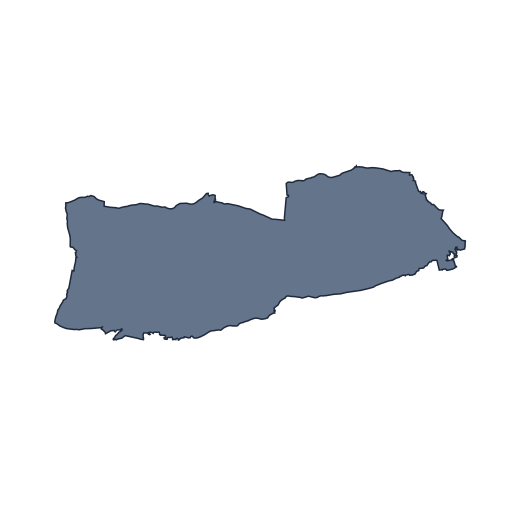 Izvoru Berheciului, Bacau, Romania (Albers equal-area conic projection), rotated 107°
{"feature_id": "2599482B69933223612688", "entity_name": "Izvoru Berheciului", "entity_type": "district", "adm_level": 2, "iso_a3": "ROU", "parent_name": "Romania", "parent_adm1": "Bacau", "projection": "albers", "projection_center": [27.223, 46.591], "detail": "fine", "context": "isolated", "style": "filled", "palette": "slate", "viewbox_px": 512, "rotation_deg": 107, "n_neighbors": 0, "source": "geoboundaries", "source_scale": "gbopen_adm2", "svg_char_len": 6071}
<svg xmlns="http://www.w3.org/2000/svg" viewBox="0 0 512 512"><g transform="rotate(107 256 256)"><path d="M368.9,339.2L367.7,339.4L366.5,340.2L364.2,341.0L362.5,340.9L361.4,337.4L361.8,335.9L362.3,335.9L362.3,334.8L362.0,334.3L361.1,335.2L361.1,336.6L360.2,336.0L359.7,334.8L359.6,333.0L360.1,331.7L358.8,331.4L357.9,329.0L358.0,328.4L357.5,327.5L357.2,326.4L358.1,325.6L359.3,325.2L359.3,324.2L359.6,324.1L358.6,320.5L358.7,319.3L360.4,318.7L360.9,320.0L362.1,319.4L361.9,317.2L361.5,316.6L359.9,316.8L359.3,315.5L359.2,314.6L358.2,312.7L359.4,311.6L360.3,311.3L360.4,311.0L359.5,309.7L359.4,308.2L358.6,308.2L357.9,307.6L357.9,306.7L358.3,306.4L358.3,305.8L359.0,305.6L358.3,304.7L356.8,304.2L355.2,300.9L354.2,301.0L354.0,296.6L353.4,295.1L352.2,294.9L351.3,293.8L352.5,291.4L352.4,290.5L351.8,288.8L351.0,287.5L349.6,285.6L346.7,282.5L342.0,278.5L341.7,277.9L341.0,277.6L339.7,274.4L338.5,272.1L337.6,269.9L337.2,267.9L334.1,265.8L332.0,263.6L331.2,262.4L330.9,262.3L330.1,260.4L329.6,257.4L328.5,253.9L328.0,253.2L325.7,252.2L324.1,250.5L323.6,249.1L322.4,247.9L320.0,244.2L319.2,243.6L316.6,240.1L315.8,238.9L315.2,236.9L314.9,234.8L315.0,233.1L314.5,231.3L313.4,229.1L311.9,226.8L309.0,226.0L305.9,223.1L305.0,221.4L303.3,222.6L303.2,221.7L302.7,221.7L300.8,223.5L300.2,223.4L296.4,220.6L292.9,219.9L291.4,219.2L288.7,217.0L287.8,215.9L286.0,215.4L285.4,214.7L284.8,213.6L284.5,211.1L283.5,206.9L282.7,201.8L282.7,199.5L279.1,194.1L278.7,187.4L277.7,185.2L276.4,184.2L275.0,182.1L274.6,180.3L273.2,177.0L269.7,170.0L267.5,164.1L264.4,158.9L258.2,145.7L254.1,138.7L251.3,134.4L249.5,133.0L245.4,127.8L241.0,121.7L239.1,118.3L236.0,115.2L234.6,112.9L233.4,112.4L233.3,111.7L231.8,110.5L230.9,108.6L231.3,107.5L230.5,107.2L229.0,104.6L229.2,103.8L229.5,103.5L228.5,100.8L227.9,100.3L227.3,99.1L226.7,99.0L226.6,98.6L223.7,97.9L222.4,96.1L220.3,96.4L218.5,92.2L216.7,91.6L215.7,90.8L215.3,89.8L212.8,89.1L210.9,88.2L210.4,86.8L208.9,86.2L208.3,85.3L208.2,84.4L207.7,83.6L207.3,81.7L215.9,76.6L214.8,74.5L214.9,73.7L214.1,73.5L213.0,71.1L213.5,69.7L213.8,69.7L213.9,69.1L213.5,68.3L210.9,64.0L207.8,61.1L207.3,61.3L207.2,62.5L203.1,65.1L203.2,65.5L202.3,66.0L202.3,66.3L201.1,66.0L200.8,66.2L201.1,67.3L202.7,68.0L204.7,71.6L204.6,72.8L204.1,72.7L203.7,71.4L203.2,71.5L199.9,73.3L199.2,73.2L199.2,71.2L197.8,71.2L197.4,70.8L196.0,71.5L195.3,72.7L194.8,72.7L195.1,70.0L194.8,69.8L194.8,69.0L195.0,68.6L195.9,68.2L195.9,67.3L197.3,66.2L197.5,66.5L199.6,65.9L199.1,64.7L198.0,63.6L196.7,63.9L196.6,64.8L195.5,65.3L194.6,64.9L193.3,65.4L193.0,66.3L191.6,66.9L191.3,67.7L190.6,67.4L189.4,67.6L188.8,66.4L191.3,65.5L191.3,64.8L190.7,64.8L190.5,64.5L190.7,62.5L188.3,58.6L185.4,58.9L181.5,60.1L180.7,60.0L180.2,60.5L180.6,61.7L180.8,63.3L180.1,65.0L178.7,67.4L178.6,68.2L178.8,68.5L176.5,73.9L173.4,78.9L170.9,81.9L166.1,89.9L163.9,89.8L158.7,90.5L157.4,90.2L158.2,93.4L158.2,94.7L157.1,97.2L155.1,100.5L154.9,101.7L155.5,102.6L154.8,104.0L154.5,104.1L153.8,106.0L153.7,107.5L153.1,107.7L152.3,109.1L152.4,109.6L150.7,110.2L150.0,111.0L148.5,111.6L148.3,112.1L147.4,112.2L146.9,111.5L146.5,111.4L146.6,112.7L145.6,114.4L145.7,115.2L146.5,115.5L147.5,114.8L147.4,116.1L147.7,116.3L147.6,116.7L146.2,117.6L146.2,117.9L146.7,118.3L146.4,119.6L139.4,124.8L137.9,125.3L137.6,126.9L137.8,127.7L136.4,127.5L136.2,127.8L134.4,128.7L134.5,129.0L132.9,130.3L132.8,130.9L133.7,132.9L131.2,133.3L132.7,138.7L133.1,141.0L132.5,142.2L132.2,143.6L133.0,145.2L133.8,148.0L135.7,151.6L135.6,159.9L136.7,167.4L137.1,168.7L137.4,170.5L139.3,175.0L139.8,178.1L139.7,180.1L140.0,180.9L140.5,183.5L141.5,186.0L140.6,186.4L142.7,187.3L142.8,187.5L142.5,187.7L143.9,188.3L146.1,190.1L151.4,197.5L152.6,198.6L154.2,199.4L158.4,205.8L159.0,207.3L159.3,209.5L159.1,210.7L158.1,213.1L157.9,215.2L158.6,218.9L159.8,220.7L163.4,223.6L164.5,225.6L164.8,225.6L167.7,230.6L169.6,231.8L170.1,232.4L171.5,238.1L173.3,240.9L174.3,241.6L175.0,242.8L175.9,246.8L176.4,247.3L177.9,248.3L188.7,244.1L188.5,242.8L189.0,242.4L189.8,242.3L191.4,244.2L211.2,240.0L213.5,239.1L215.3,248.5L216.1,251.2L214.8,260.7L214.6,264.9L212.8,275.0L213.5,279.9L213.2,287.5L214.2,298.3L214.6,299.6L215.6,301.3L215.5,302.3L215.1,303.4L215.8,310.9L216.9,311.3L217.0,311.9L214.5,311.8L214.2,311.1L212.2,312.2L210.1,312.7L209.9,313.3L210.1,315.1L211.0,316.8L212.3,318.3L210.8,320.2L210.3,320.2L209.7,319.5L210.8,321.7L214.2,323.1L216.3,324.2L219.7,327.2L222.5,329.0L224.4,330.9L225.6,333.8L225.8,337.8L228.0,344.1L231.1,347.0L233.8,348.2L235.6,350.5L236.2,353.2L236.2,355.6L235.7,357.1L236.8,360.0L237.1,365.1L238.0,367.8L238.0,374.6L238.7,377.3L239.3,380.9L240.0,382.9L241.2,384.3L242.3,386.2L243.5,389.4L245.0,392.1L246.4,393.9L246.8,395.2L248.7,398.6L250.5,401.1L250.8,404.3L252.0,409.4L252.8,415.8L248.4,417.0L248.5,422.8L247.9,425.5L246.5,428.1L246.4,431.5L248.0,433.2L248.1,434.6L249.7,436.3L251.4,441.4L253.0,443.5L255.3,445.4L259.0,449.9L260.4,452.1L260.7,453.4L261.7,453.3L263.3,452.5L265.9,452.2L269.0,450.5L270.9,448.9L272.0,448.5L275.8,447.8L276.7,447.0L278.5,446.3L279.9,446.1L283.8,444.5L290.5,440.2L293.6,438.7L301.2,436.5L301.6,436.0L301.2,433.7L303.1,430.6L303.5,429.2L305.8,429.2L305.8,429.6L306.4,429.3L308.4,428.4L309.6,427.0L309.9,427.8L314.4,426.9L319.9,426.5L323.6,425.8L323.5,427.6L340.4,425.7L341.7,425.7L344.3,426.4L345.0,425.9L345.4,426.1L346.2,425.5L347.6,425.9L350.0,425.0L352.3,425.2L354.5,427.3L356.3,427.4L360.9,428.7L363.4,428.9L365.6,429.7L368.7,429.4L373.0,429.7L377.2,429.3L378.7,428.8L379.1,426.0L380.2,423.4L380.7,419.1L380.8,416.0L379.4,408.0L378.6,406.1L378.3,403.6L375.6,398.5L373.4,392.0L369.9,383.5L369.1,382.3L371.0,382.7L371.7,380.4L372.9,378.2L373.3,377.6L374.3,377.2L370.0,372.9L368.7,370.0L369.3,369.5L369.7,368.5L367.4,367.3L366.8,366.2L366.7,364.9L366.0,363.8L365.2,363.6L365.1,363.2L365.1,362.7L366.1,362.4L366.8,363.2L367.4,363.2L369.0,364.8L372.3,366.2L372.9,366.9L375.2,367.4L377.2,368.3L377.8,367.8L377.8,367.4L377.1,366.6L376.9,365.8L377.1,365.1L376.2,364.4L373.7,360.2L370.4,357.8L369.3,344.9L369.3,341.7L368.9,339.2Z" fill="#64748b" stroke="#1e293b" stroke-width="1.5"/></g></svg>